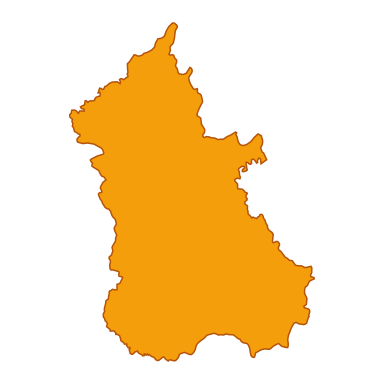 Coromandel, Minas Gerais, Brazil (Albers equal-area conic projection)
{"feature_id": "56859067B86368088013464", "entity_name": "Coromandel", "entity_type": "district", "adm_level": 2, "iso_a3": "BRA", "parent_name": "Brazil", "parent_adm1": "Minas Gerais", "projection": "albers", "projection_center": [-47.125, -18.343], "detail": "fine", "context": "isolated", "style": "filled", "palette": "amber", "viewbox_px": 384, "rotation_deg": 0, "n_neighbors": 0, "source": "geoboundaries", "source_scale": "gbopen_adm2", "svg_char_len": 5986}
<svg xmlns="http://www.w3.org/2000/svg" viewBox="0 0 384 384"><path d="M109.6,291.0L109.1,292.2L109.3,293.5L108.6,296.1L108.3,299.1L106.0,300.6L105.5,304.3L104.5,307.7L104.3,309.9L104.7,311.4L103.3,313.8L103.4,317.1L104.4,318.1L105.2,320.8L106.5,322.0L107.3,323.5L106.6,326.7L109.9,329.2L110.3,331.1L114.0,330.9L116.1,333.3L115.8,334.4L117.1,334.4L119.5,335.5L120.7,339.2L120.9,340.7L123.8,342.8L124.4,344.1L126.8,344.1L126.7,345.7L128.2,347.7L129.8,347.4L130.1,348.6L129.1,349.3L130.3,353.6L132.2,354.4L133.9,353.4L134.7,352.1L137.5,351.1L138.0,352.3L138.9,353.3L141.6,354.7L142.8,355.9L144.2,355.6L144.2,354.0L145.3,354.2L146.0,355.2L147.4,354.0L148.2,355.3L149.3,354.5L151.3,356.4L154.1,357.4L155.6,359.5L156.9,360.4L158.6,360.5L163.2,356.9L164.5,357.4L165.1,358.8L168.2,361.0L169.7,359.7L173.5,360.7L175.3,360.7L176.5,359.8L178.4,357.4L179.4,354.6L180.5,353.7L184.5,352.4L189.6,354.5L191.3,354.5L192.5,353.8L194.1,351.8L195.3,349.4L196.2,345.8L197.5,343.5L198.5,342.6L201.3,340.2L203.8,338.6L207.0,335.2L213.4,333.4L215.3,333.6L218.7,335.1L220.3,334.7L223.8,335.0L225.0,334.3L226.7,334.0L228.6,334.6L233.4,334.8L238.1,338.7L240.0,339.2L240.7,340.7L242.1,342.1L243.4,342.8L247.1,343.6L248.1,344.6L249.5,347.7L250.9,355.3L251.7,356.5L253.0,357.4L254.5,357.1L255.7,352.8L261.1,349.8L262.9,349.3L264.7,348.9L269.2,349.3L270.5,348.7L273.4,346.1L277.5,343.9L278.8,343.6L281.2,345.9L282.4,346.5L286.0,347.5L287.7,347.5L288.2,345.6L288.2,343.1L287.7,339.8L288.3,335.8L291.3,327.9L293.6,323.8L294.6,322.9L296.2,322.5L299.0,323.9L303.7,324.6L305.0,324.2L306.6,323.2L308.3,317.5L309.1,316.5L308.7,315.4L309.7,312.0L309.6,310.3L308.6,309.0L304.4,307.7L303.8,306.4L306.3,304.5L306.8,300.2L306.9,298.3L304.6,293.4L304.5,290.1L305.2,287.4L307.3,285.6L309.1,281.8L310.1,280.8L314.3,278.8L314.0,277.6L310.7,276.5L310.5,275.3L311.7,272.7L311.8,267.7L310.9,266.3L305.8,267.6L304.3,267.3L301.4,265.8L298.2,265.8L295.4,265.2L292.3,260.7L289.1,260.2L287.7,258.6L285.1,257.1L280.8,251.3L279.0,250.1L278.3,248.4L278.6,246.7L279.4,245.5L279.5,244.0L278.7,242.6L277.7,241.6L276.1,241.4L274.0,242.6L272.9,242.6L272.5,241.4L273.2,234.4L272.1,232.5L269.1,230.3L268.1,228.9L267.5,227.4L267.5,225.9L266.0,223.4L264.9,219.9L263.8,218.6L262.9,215.7L262.2,214.7L261.1,214.3L260.0,214.6L259.4,216.2L257.6,217.2L256.7,218.5L254.1,217.7L253.0,217.1L251.6,217.9L250.5,216.2L248.4,214.1L247.9,212.9L248.1,211.6L247.5,209.9L247.3,207.7L247.6,206.3L246.9,205.2L245.8,204.8L245.0,203.9L244.7,202.6L245.5,201.3L247.0,200.0L247.1,198.5L246.3,197.8L245.9,196.3L246.3,194.8L247.3,193.7L246.8,192.6L245.1,192.4L244.3,191.0L242.4,189.2L237.9,188.8L237.5,187.0L237.6,184.1L234.9,181.0L234.7,179.8L235.9,178.8L237.3,178.1L239.9,178.8L240.4,177.3L239.6,175.5L239.3,171.8L238.4,169.8L238.8,168.5L241.8,166.4L243.3,166.3L244.5,166.6L244.5,167.9L242.4,169.8L242.3,171.4L243.5,171.7L246.2,170.9L247.3,169.9L246.7,168.0L246.6,165.8L246.0,164.4L246.3,162.2L248.0,162.7L249.0,163.9L250.5,164.3L251.6,163.4L251.4,161.5L251.6,159.8L252.8,159.1L254.2,159.7L255.0,160.6L256.6,163.1L257.7,162.4L257.4,160.8L258.6,158.3L259.8,158.4L260.6,159.4L261.0,163.8L266.7,159.7L263.6,153.0L262.2,152.1L260.8,148.6L261.0,146.9L261.8,145.7L262.7,142.2L262.4,139.2L261.7,137.8L261.4,135.8L258.0,133.9L254.5,137.2L250.7,141.7L247.0,144.3L244.1,145.4L242.2,145.4L240.3,144.7L239.3,143.6L238.1,141.4L237.1,136.9L235.8,134.4L236.7,132.9L235.6,132.0L230.6,135.1L227.1,136.6L223.4,139.1L222.3,139.4L221.0,139.1L218.1,139.6L214.6,138.0L211.0,137.8L209.2,136.9L206.1,136.6L205.2,137.3L204.0,137.4L202.9,136.5L202.9,134.5L204.2,133.0L204.7,131.3L204.7,129.8L204.2,128.6L201.5,124.3L200.7,118.1L197.1,115.6L197.2,113.6L198.1,111.0L199.8,107.2L202.5,102.1L202.4,100.3L201.2,95.3L200.3,94.2L197.9,92.9L197.3,91.6L197.5,90.2L197.3,88.7L194.7,89.4L193.3,88.7L190.6,84.2L189.3,81.1L188.8,78.6L188.9,77.1L191.8,72.6L192.2,70.8L191.9,69.3L191.1,68.1L189.9,67.4L186.3,73.2L183.2,74.5L179.8,74.0L178.3,73.1L177.5,69.7L176.9,68.1L175.9,66.9L175.5,65.4L176.7,61.9L176.5,59.9L174.5,57.8L173.8,55.3L172.5,54.7L170.1,55.1L169.0,54.4L170.4,50.4L170.0,47.6L170.4,46.2L172.6,44.0L173.4,42.6L174.4,38.4L175.2,31.5L175.7,29.9L177.1,27.6L177.3,26.2L176.7,25.1L174.3,23.1L172.5,23.0L168.6,26.9L166.0,31.6L164.8,35.2L164.1,36.4L162.9,37.4L161.1,38.3L157.9,38.8L155.5,43.1L154.5,47.2L151.4,50.3L146.7,52.6L144.0,53.3L142.1,55.2L139.3,56.0L138.0,56.1L135.7,55.1L134.1,54.8L129.5,61.7L127.4,63.7L127.6,69.7L128.0,72.4L127.1,74.0L127.9,75.4L127.8,76.9L125.9,77.8L124.1,79.7L122.1,78.8L120.8,78.7L119.5,79.5L120.5,82.3L120.0,83.6L117.3,81.8L112.1,82.1L109.4,83.4L106.0,86.4L104.9,86.4L103.6,89.2L102.3,89.5L101.2,88.4L99.6,88.2L98.1,92.9L100.0,92.6L100.3,94.5L99.8,96.2L98.3,96.4L96.0,97.3L95.0,98.6L94.6,100.3L92.9,100.9L90.5,100.8L88.8,101.5L87.9,102.4L86.3,100.7L85.1,100.9L84.6,104.7L80.5,106.8L81.4,108.6L84.1,109.2L84.2,111.1L79.8,110.9L78.3,113.2L76.0,110.6L74.5,110.1L71.8,110.2L71.2,113.1L69.7,114.7L70.0,117.3L72.5,119.3L71.9,121.3L72.8,123.4L72.4,126.4L73.4,127.5L74.5,131.5L77.3,132.9L78.2,134.0L79.9,134.3L80.0,135.9L77.6,138.2L77.0,139.3L77.0,140.7L77.8,142.2L82.9,143.6L87.5,143.0L94.0,144.1L101.1,148.0L102.3,149.2L103.7,152.3L103.5,153.6L102.6,154.4L97.6,155.9L91.6,158.9L90.3,160.0L90.9,161.4L92.6,163.3L91.9,164.9L92.0,166.3L98.7,170.5L100.7,174.8L102.0,176.3L103.8,176.8L106.0,179.8L103.0,182.3L100.6,186.6L100.4,188.3L101.8,190.9L101.6,192.4L99.7,192.8L98.6,193.5L98.5,194.8L100.2,199.0L102.0,201.5L102.4,203.1L105.2,207.5L106.8,208.6L108.5,209.0L110.5,211.1L112.0,215.5L113.1,217.2L114.6,218.5L115.4,219.9L116.4,224.1L114.3,227.6L114.3,229.2L114.7,230.7L116.7,235.1L115.8,237.5L115.4,241.3L112.5,246.2L112.0,247.7L112.9,250.7L111.5,254.9L109.1,257.2L109.3,259.2L110.3,260.3L110.5,261.7L109.7,265.1L110.1,269.0L111.0,269.9L112.8,269.9L117.7,271.3L119.0,272.0L119.1,273.3L118.6,274.7L119.1,276.3L121.7,276.7L122.6,277.7L120.1,282.9L118.6,284.0L117.0,284.3L117.0,289.7L115.5,290.0L112.4,289.3L111.1,290.5L109.6,291.0Z" fill="#f59e0b" stroke="#b45309" stroke-width="1.5"/></svg>